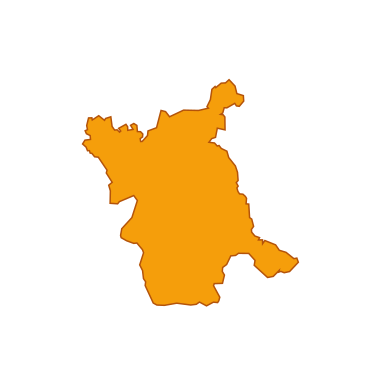 Shtip, Štip, North Macedonia (Robinson projection), rotated 37°
{"feature_id": "65306769B54195317631303", "entity_name": "Shtip", "entity_type": "district", "adm_level": 2, "iso_a3": "MKD", "parent_name": "North Macedonia", "parent_adm1": "Štip", "projection": "robinson", "projection_center": [22.163, 41.717], "detail": "fine", "context": "isolated", "style": "filled", "palette": "amber", "viewbox_px": 384, "rotation_deg": 37, "n_neighbors": 0, "source": "geoboundaries", "source_scale": "gbopen_adm2", "svg_char_len": 2167}
<svg xmlns="http://www.w3.org/2000/svg" viewBox="0 0 384 384"><g transform="rotate(37 192 192)"><path d="M75.7,219.5L80.4,219.9L83.7,221.9L85.2,220.7L87.2,222.2L88.9,221.4L93.0,222.5L96.2,220.6L111.0,225.7L112.1,228.4L122.4,232.3L121.4,236.7L126.1,240.2L133.4,250.3L139.7,246.2L139.8,243.4L147.6,229.9L153.5,231.7L159.4,248.6L158.0,263.6L161.1,269.7L162.9,271.1L169.1,270.3L176.4,268.1L178.7,265.9L187.2,267.9L189.9,269.7L194.1,281.7L199.8,284.5L205.4,290.4L209.0,291.6L210.9,294.9L227.9,304.0L232.0,303.4L238.2,299.1L246.7,290.0L259.0,283.0L263.0,279.1L264.2,275.4L272.1,274.2L275.4,267.1L279.0,264.9L278.9,262.8L277.5,259.3L265.6,253.9L264.9,251.8L271.3,246.6L267.9,238.8L264.0,237.2L261.9,233.8L263.3,229.1L261.4,219.7L265.0,216.4L266.0,213.0L274.3,206.9L283.5,208.7L285.8,213.1L303.8,214.8L307.7,210.5L308.8,202.2L309.5,203.8L310.8,201.9L314.2,201.0L317.8,196.8L319.2,184.1L315.5,181.7L313.5,183.9L303.4,183.6L296.8,186.0L290.6,183.9L279.4,186.9L279.5,190.8L277.1,187.8L273.9,190.3L273.4,187.8L268.7,189.3L263.9,188.2L262.0,186.2L261.9,182.4L256.0,177.7L253.4,177.8L244.6,167.5L242.3,168.9L239.4,164.3L237.3,163.4L234.0,163.1L231.1,164.9L228.3,163.9L225.4,161.7L225.3,159.5L221.7,157.9L221.9,155.1L216.5,148.9L211.0,145.1L200.6,142.4L195.3,138.4L189.2,139.6L185.6,138.6L184.5,140.1L180.5,139.3L175.6,142.1L175.6,137.5L177.9,134.2L173.8,125.8L181.0,122.5L173.1,112.3L170.4,111.6L168.1,112.8L169.0,110.4L167.0,105.3L169.2,103.8L172.8,95.5L175.7,96.5L178.2,95.1L178.6,88.3L175.0,84.1L168.6,86.4L162.6,81.5L154.0,80.0L153.1,84.7L149.8,87.5L148.2,94.3L146.9,93.8L146.1,98.0L151.1,107.2L152.6,114.8L154.6,115.2L148.2,122.9L136.0,131.7L128.8,145.4L122.5,143.7L118.2,145.5L125.0,162.0L120.1,169.7L122.5,173.7L121.8,181.6L120.6,182.6L118.5,180.6L119.4,177.8L117.8,175.3L114.6,174.8L112.0,176.6L107.9,172.0L104.3,172.3L102.8,175.7L107.3,177.5L103.6,181.4L101.3,178.6L98.5,177.7L95.1,185.3L98.4,186.2L98.1,187.8L94.8,187.4L92.9,189.1L88.7,187.7L81.9,180.8L78.7,185.3L79.0,187.4L71.6,187.2L69.0,194.5L67.4,193.0L64.8,195.1L67.9,202.3L71.0,205.1L69.8,207.4L72.6,209.0L76.7,208.2L79.3,211.1L75.3,215.0L75.7,219.5Z" fill="#f59e0b" stroke="#b45309" stroke-width="1.5"/></g></svg>